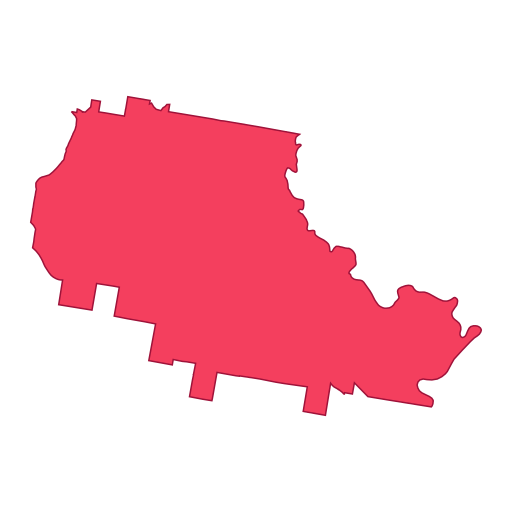 Maitland, New South Wales, Australia
{"feature_id": "25037944B62637049608158", "entity_name": "Maitland", "entity_type": "district", "adm_level": 2, "iso_a3": "AUS", "parent_name": "Australia", "parent_adm1": "New South Wales", "projection": "robinson", "projection_center": [151.583, -32.708], "detail": "fine", "context": "isolated", "style": "filled", "palette": "rose", "viewbox_px": 512, "rotation_deg": 0, "n_neighbors": 0, "source": "geoboundaries", "source_scale": "gbopen_adm2", "svg_char_len": 5991}
<svg xmlns="http://www.w3.org/2000/svg" viewBox="0 0 512 512"><path d="M303.2,411.4L325.4,415.3L330.6,383.2L331.9,384.9L333.1,386.1L334.0,386.9L337.4,388.8L338.4,389.6L338.6,389.4L342.5,392.5L343.7,393.9L344.2,393.8L344.4,393.9L344.6,392.7L352.4,394.0L354.4,382.8L367.9,396.6L386.5,399.7L431.3,406.9L432.1,405.9L432.9,403.8L433.2,401.0L433.1,400.2L431.8,398.2L429.4,396.5L425.6,394.7L421.8,392.8L419.4,390.8L417.9,388.1L417.1,385.0L417.9,382.1L419.9,379.9L420.8,379.7L423.1,379.0L426.8,379.6L431.9,379.9L437.3,379.0L441.8,376.7L445.4,373.8L447.3,371.5L451.4,363.8L454.0,359.2L462.2,350.2L470.3,341.7L474.3,337.9L477.3,335.9L479.4,334.1L480.8,331.9L481.3,330.0L480.7,328.4L480.2,327.8L479.1,326.9L477.5,326.1L475.7,325.8L473.4,325.8L470.8,326.6L469.1,328.2L467.6,331.1L466.1,334.8L465.3,336.1L464.2,336.9L463.1,337.4L462.3,337.5L461.0,336.8L460.3,335.6L459.9,334.1L460.1,332.4L460.8,329.7L460.8,327.1L460.2,325.1L459.1,323.2L456.9,321.2L454.6,319.4L453.2,318.0L452.5,316.7L452.0,315.3L451.9,314.6L451.8,313.8L451.9,312.7L452.2,311.9L452.5,311.3L453.5,309.7L455.1,307.3L455.8,306.5L456.8,305.0L457.3,303.2L457.5,301.8L457.6,300.9L457.5,300.4L457.3,299.6L456.7,298.7L455.4,297.7L454.7,297.5L453.8,297.7L451.2,299.5L450.5,299.8L449.8,300.2L448.1,300.8L446.9,301.1L445.4,301.1L443.0,300.9L438.5,299.0L429.5,294.0L427.3,293.0L424.7,292.2L423.1,292.1L419.4,292.2L417.5,291.7L415.9,290.9L414.6,289.6L413.7,288.5L412.9,287.0L412.4,286.4L411.0,285.7L410.2,285.5L408.4,285.3L405.8,285.7L404.1,286.2L402.9,286.7L401.3,287.2L399.6,288.2L399.0,288.6L398.6,289.0L397.8,290.1L397.6,291.0L397.6,291.7L397.9,293.5L398.9,296.9L399.0,297.4L398.9,297.9L398.5,298.7L397.4,300.1L395.2,302.2L394.4,303.5L393.9,304.5L393.4,305.2L391.8,306.6L389.7,307.7L388.9,307.9L386.3,308.2L384.6,308.2L383.4,307.9L382.7,307.7L380.6,306.7L379.6,306.1L378.4,305.1L377.7,304.2L375.9,301.7L374.8,300.0L371.7,293.9L370.1,291.2L366.2,285.7L363.8,282.3L362.4,281.0L361.3,280.5L359.9,280.1L358.5,280.0L356.1,279.7L354.5,279.3L353.8,279.0L352.1,277.8L351.6,277.2L351.2,276.7L350.9,276.0L350.6,275.0L350.5,274.5L349.8,273.9L349.2,273.7L349.0,273.1L348.9,273.0L349.3,271.8L349.6,271.3L351.6,269.0L352.6,268.3L355.0,266.0L355.3,265.5L355.6,265.2L355.9,264.7L356.0,264.2L356.0,263.0L355.5,259.7L355.4,258.5L355.5,257.0L355.3,255.6L355.0,254.5L354.7,253.8L353.7,252.1L352.9,251.1L352.1,250.3L351.2,249.6L350.3,249.0L349.1,248.4L348.7,248.3L348.2,248.4L345.2,248.0L341.9,247.1L340.5,246.9L338.8,246.4L336.7,246.3L336.1,246.4L335.6,246.8L334.2,248.1L333.0,250.0L332.6,250.8L332.1,251.4L331.6,251.7L331.3,251.8L330.8,251.7L330.1,251.4L329.9,251.2L329.6,247.7L329.4,246.6L328.8,244.8L328.2,243.8L326.6,242.2L323.8,240.1L319.7,238.0L317.9,236.9L316.1,235.6L315.6,235.1L315.0,234.0L314.8,233.4L314.8,232.9L314.8,231.6L314.4,230.8L313.7,230.5L312.6,230.4L309.6,230.8L308.9,230.8L308.5,230.8L308.2,230.6L307.7,230.4L307.5,230.1L307.2,229.5L307.0,228.7L307.3,226.6L307.6,225.1L307.7,224.2L307.6,223.1L307.2,221.8L306.8,221.0L306.3,219.6L304.3,216.6L302.5,214.1L300.8,213.4L300.4,213.1L299.5,212.1L298.5,211.6L298.3,211.4L298.2,211.0L298.5,210.6L299.7,209.5L300.2,209.4L300.6,209.4L302.0,209.6L302.4,209.6L302.7,209.3L303.2,208.6L303.5,207.4L303.8,205.0L303.7,202.3L303.6,201.5L303.4,201.0L302.9,200.4L301.9,199.8L298.9,199.3L297.2,198.9L296.4,198.6L294.4,197.7L293.7,197.1L292.2,195.4L290.2,191.9L289.5,190.3L288.8,189.6L288.3,188.9L288.1,187.6L287.9,184.2L287.1,180.4L286.5,179.4L286.1,178.5L285.1,177.1L284.9,176.7L284.8,175.7L284.8,175.1L285.3,173.0L286.1,170.5L286.8,169.0L287.3,168.2L287.6,167.9L288.0,167.9L288.7,168.0L289.7,168.4L290.2,168.8L291.0,169.6L292.4,170.8L295.2,172.2L295.8,172.2L296.2,172.0L296.6,171.7L296.9,171.2L297.0,170.6L297.0,169.5L296.4,165.0L296.3,164.3L297.1,161.6L297.1,160.1L297.1,159.6L296.2,156.8L295.9,156.0L295.8,155.3L295.9,154.0L296.1,153.1L296.8,150.7L298.0,148.4L299.0,147.3L300.9,145.6L301.0,145.1L300.8,144.7L300.6,144.5L299.3,144.3L298.4,144.4L296.8,144.9L296.4,144.9L296.1,144.7L295.9,144.6L295.6,143.9L295.6,142.9L295.3,141.7L295.3,140.8L295.6,138.7L296.1,137.2L296.3,136.9L296.6,136.6L298.5,135.0L298.7,134.8L299.5,134.5L299.7,134.3L258.4,126.8L224.2,121.0L220.9,120.7L212.7,119.0L168.5,111.7L169.7,104.4L166.9,104.5L165.0,106.6L163.1,107.7L160.9,110.6L156.2,109.3L153.7,106.8L151.5,103.1L149.5,104.0L150.1,100.5L127.8,96.7L125.8,108.6L125.5,109.6L125.4,110.5L124.4,116.1L114.7,114.5L105.9,113.0L98.7,111.9L100.4,101.3L91.8,99.9L90.7,107.1L85.3,112.1L84.5,112.0L82.7,112.1L82.8,111.8L82.7,111.8L79.3,109.7L77.3,109.0L76.7,112.5L72.1,111.7L71.8,112.1L72.4,112.7L74.2,114.9L75.4,116.1L76.1,117.6L76.6,118.5L76.6,120.2L76.2,124.4L76.2,125.2L76.2,125.6L75.8,126.8L75.2,129.2L74.7,130.4L73.0,133.7L72.7,134.8L71.7,136.8L71.4,137.8L68.6,143.6L67.9,145.7L66.4,148.3L66.0,149.7L66.2,150.6L66.2,151.4L65.2,153.8L64.6,156.2L64.0,159.2L63.8,159.7L63.2,160.5L62.5,161.1L61.8,161.9L61.1,162.9L59.6,164.6L58.0,166.6L56.3,168.5L52.8,172.0L50.3,174.1L49.6,174.6L49.0,175.0L44.2,176.5L42.1,177.0L41.6,177.2L39.9,178.1L38.9,179.0L38.3,179.6L36.8,181.5L36.1,182.7L35.9,183.2L35.9,187.0L36.4,189.2L35.8,191.5L35.0,196.8L34.9,196.8L34.6,198.5L33.7,203.5L33.4,206.0L33.0,208.5L32.7,209.0L32.7,209.7L32.5,211.9L30.7,222.3L33.1,224.8L34.0,226.0L35.0,227.8L35.5,228.8L35.6,229.5L35.0,232.6L34.1,238.7L33.8,241.6L32.6,247.8L35.2,250.2L36.3,251.3L37.5,252.8L39.0,254.7L41.1,258.2L42.5,260.9L44.0,264.4L44.7,265.9L45.3,267.0L48.3,271.6L49.4,273.2L51.2,275.4L53.3,277.1L55.4,278.3L56.4,278.8L58.0,279.4L59.1,279.7L60.4,279.9L62.6,280.0L58.7,304.7L92.0,310.1L96.6,283.5L113.3,286.1L119.3,287.2L114.2,316.1L127.3,318.7L144.4,321.7L155.6,323.9L148.8,360.6L172.3,364.9L173.2,359.5L182.4,361.4L186.7,361.8L195.6,363.3L195.2,365.6L193.5,374.3L193.3,374.7L193.5,375.0L192.5,379.8L189.5,396.7L202.6,399.2L211.9,400.7L212.4,398.4L217.0,372.4L236.1,375.8L239.5,376.2L239.6,375.9L245.6,376.8L247.2,377.0L249.4,377.4L251.2,377.6L259.9,379.0L276.0,382.2L284.6,383.6L307.3,386.8L303.2,411.4Z" fill="#f43f5e" stroke="#9f1239" stroke-width="1.5"/></svg>